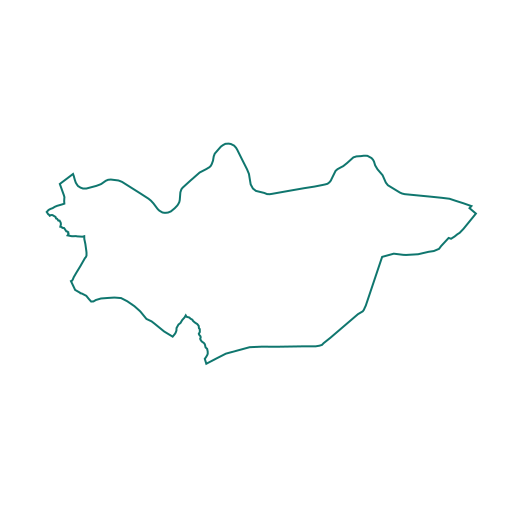 the district of Asokore Mampong Municipal, Ashanti, Ghana, rotated 187°
{"feature_id": "2480657B67032672358324", "entity_name": "Asokore Mampong Municipal", "entity_type": "district", "adm_level": 2, "iso_a3": "GHA", "parent_name": "Ghana", "parent_adm1": "Ashanti", "projection": "mercator", "projection_center": [-1.562, 6.712], "detail": "fine", "context": "isolated", "style": "outline", "palette": "teal", "viewbox_px": 512, "rotation_deg": 187, "n_neighbors": 0, "source": "geoboundaries", "source_scale": "gbopen_adm2", "svg_char_len": 3447}
<svg xmlns="http://www.w3.org/2000/svg" viewBox="0 0 512 512"><g transform="rotate(187 256 256)"><path d="M292.2,143.0L282.9,149.4L274.0,155.4L251.2,164.7L239.3,166.7L224.0,168.5L198.8,172.0L185.8,173.6L182.1,174.7L179.7,175.8L178.3,177.7L172.2,183.9L147.7,210.7L143.3,214.1L142.4,215.7L141.7,218.0L141.0,220.1L130.7,270.5L119.5,275.1L110.1,275.1L107.3,275.3L100.2,276.6L95.3,277.5L85.2,281.2L80.1,282.6L75.2,285.4L73.5,288.4L67.0,297.4L64.5,296.9L61.2,299.6L58.8,302.1L56.7,303.8L53.4,308.2L42.9,324.9L49.9,329.5L48.3,331.8L56.5,333.6L65.0,335.2L70.9,336.4L78.5,336.4L88.8,336.2L116.0,335.5L118.6,335.8L120.9,336.5L133.7,342.3L136.1,344.7L140.2,351.6L146.0,356.9L148.8,360.5L150.4,364.1L151.6,365.8L153.3,367.3L157.6,369.0L159.3,368.9L161.5,368.6L164.1,367.9L168.5,367.1L169.7,366.5L171.3,365.8L172.2,364.8L176.9,359.4L180.4,355.8L182.2,354.6L185.7,352.1L187.4,350.2L190.4,341.6L190.9,340.0L192.1,338.1L193.8,336.4L196.0,335.5L198.9,334.5L206.5,332.0L216.4,329.2L230.9,324.8L247.8,319.6L250.0,319.0L252.6,318.8L255.5,319.6L264.0,320.6L267.3,322.6L270.0,326.4L271.4,331.1L273.0,336.6L275.5,341.0L281.8,350.4L287.6,359.2L289.0,361.0L291.2,362.9L294.6,364.1L296.9,364.2L300.1,363.6L302.2,362.1L304.0,360.5L304.8,359.4L309.4,352.6L310.1,349.7L310.3,345.4L311.1,341.9L311.9,339.9L313.1,338.4L314.3,337.5L315.8,336.3L322.1,332.0L328.6,324.7L329.8,323.4L337.2,314.8L338.2,313.1L338.8,310.1L338.8,309.3L338.5,302.3L338.7,300.2L339.4,298.3L340.2,296.6L342.5,293.5L345.9,289.9L348.6,288.4L350.7,287.9L352.2,287.7L354.2,287.8L357.4,289.2L358.4,289.9L359.5,290.8L364.2,295.7L366.2,297.4L367.0,298.1L369.7,299.8L378.4,304.0L397.9,313.2L399.7,313.7L400.1,313.8L401.8,314.2L409.4,314.2L412.1,313.6L414.2,312.4L418.4,308.6L420.0,307.7L423.1,306.1L432.6,302.3L435.0,302.0L436.0,301.9L438.6,302.5L440.2,303.3L441.0,303.6L442.0,304.6L443.8,306.8L445.2,309.7L446.5,312.9L447.6,315.1L459.5,303.6L454.1,292.9L453.3,291.0L453.3,290.0L453.2,288.7L453.1,287.1L452.6,284.6L454.9,283.5L459.4,281.6L459.8,281.4L461.7,280.3L463.7,278.7L465.7,277.7L467.5,276.4L469.1,274.2L467.3,272.1L466.7,271.9L465.6,270.8L464.6,271.6L462.9,271.8L462.1,271.4L459.8,270.4L459.0,268.9L458.0,268.7L457.1,267.8L456.6,267.1L456.1,267.0L455.3,267.2L454.4,266.0L453.8,265.0L453.5,263.6L453.8,261.2L452.5,261.1L451.6,260.3L450.0,260.4L449.3,259.7L447.2,257.3L446.2,257.3L445.2,256.7L445.3,255.8L444.7,255.1L445.5,253.5L441.6,253.2L440.1,253.3L437.2,253.8L435.9,253.7L432.7,253.9L430.6,254.0L428.9,254.7L428.5,252.0L426.8,247.0L425.0,240.2L424.6,238.5L424.3,235.7L424.7,234.3L425.6,232.9L429.1,224.5L432.2,217.7L434.3,212.8L435.0,210.3L435.5,209.2L436.6,208.5L432.2,201.6L431.4,200.3L426.0,198.0L425.7,197.6L424.5,197.6L419.6,195.8L416.6,192.9L414.1,190.7L411.8,191.1L409.6,192.8L404.8,194.9L402.9,195.3L397.4,196.4L391.4,197.5L384.8,197.8L378.3,195.4L370.6,191.4L364.8,187.4L363.9,186.7L357.1,180.2L351.7,178.4L348.5,176.5L338.0,169.9L328.9,165.8L327.1,168.6L326.4,170.1L325.9,172.3L326.1,174.8L324.6,178.5L322.8,180.3L321.4,183.5L319.5,186.2L318.5,188.5L317.5,187.2L314.7,186.8L313.4,185.8L311.4,185.0L310.6,183.9L308.7,182.6L306.9,181.7L306.0,181.3L304.4,179.7L303.8,177.3L302.9,176.6L302.5,173.7L303.3,171.8L302.7,170.8L301.3,169.5L301.0,168.4L301.3,167.1L301.0,166.7L301.0,166.3L299.8,164.9L299.4,164.5L298.6,164.1L297.0,163.2L296.0,162.1L294.9,159.1L293.2,157.9L292.3,155.3L292.0,153.1L292.3,151.8L293.3,149.5L294.3,147.7L292.2,143.0Z" fill="none" stroke="#0f766e" stroke-width="2"/></g></svg>